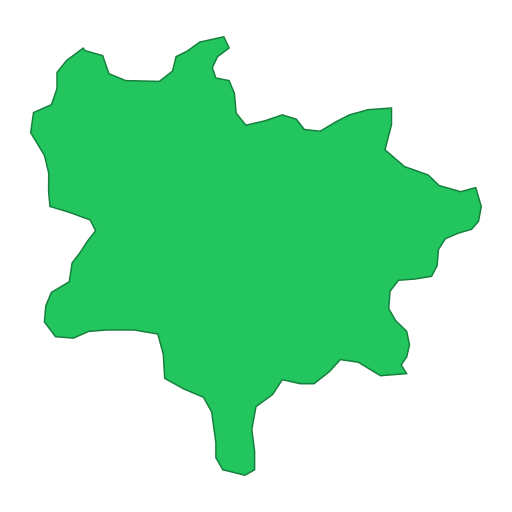 Buyeo-gun, South Chungcheong, South Korea (Robinson projection)
{"feature_id": "91817680B35509676151777", "entity_name": "Buyeo-gun", "entity_type": "district", "adm_level": 2, "iso_a3": "KOR", "parent_name": "South Korea", "parent_adm1": "South Chungcheong", "projection": "robinson", "projection_center": [126.867, 36.225], "detail": "fine", "context": "isolated", "style": "filled", "palette": "green", "viewbox_px": 512, "rotation_deg": 0, "n_neighbors": 0, "source": "geoboundaries", "source_scale": "gbopen_adm2", "svg_char_len": 1322}
<svg xmlns="http://www.w3.org/2000/svg" viewBox="0 0 512 512"><path d="M391.5,108.0L368.0,109.7L349.4,114.9L336.1,121.7L320.2,131.2L304.3,129.5L296.3,119.2L282.2,114.9L264.5,120.9L245.9,125.2L236.2,113.2L234.4,93.4L229.1,80.6L215.8,78.0L212.3,67.7L217.6,56.6L229.1,48.0L223.8,36.8L199.9,42.0L186.7,51.4L176.1,56.6L172.5,71.1L159.3,81.4L125.6,80.6L108.9,73.7L102.7,55.7L85.0,50.6L83.2,48.1L66.7,60.4L57.0,72.4L57.0,88.5L51.5,104.6L33.5,112.6L30.7,132.7L44.5,155.5L48.7,173.0L48.6,191.7L50.0,206.5L68.0,211.9L90.1,219.9L95.6,230.7L87.3,241.4L80.4,252.1L72.1,262.9L69.3,281.7L51.4,292.4L45.8,305.8L44.4,321.9L49.1,328.2L55.5,336.7L73.4,338.1L88.7,331.4L106.6,330.0L134.3,330.0L157.8,334.0L163.3,354.2L164.7,378.4L184.1,389.1L203.4,397.2L211.7,412.0L215.9,442.9L215.9,457.7L222.8,469.8L244.9,475.2L254.6,469.8L254.6,451.0L251.8,429.4L256.0,406.6L272.6,394.5L282.3,379.7L300.2,383.7L314.1,383.7L329.3,371.7L340.3,359.6L358.3,362.2L369.4,369.0L380.5,375.7L406.6,373.6L401.2,364.9L406.7,356.9L409.5,344.8L406.7,331.4L395.6,320.6L388.7,308.5L390.1,291.1L398.4,280.3L415.0,279.0L431.6,276.3L437.1,265.6L438.5,249.4L445.4,238.7L457.8,233.3L471.6,229.3L478.5,221.3L481.3,206.5L475.7,187.6L460.6,191.7L439.0,185.5L428.2,175.0L404.5,166.6L385.0,149.8L391.5,124.7L391.5,108.0Z" fill="#22c55e" stroke="#15803d" stroke-width="1.5"/></svg>